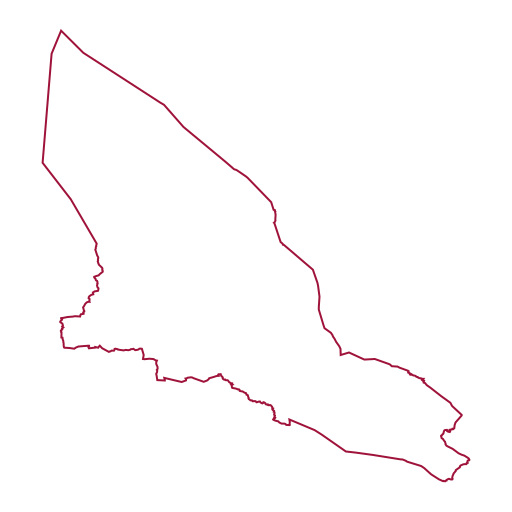 Løten nor, Hedmark, Norway (Equal Earth projection)
{"feature_id": "86288312B76423456121539", "entity_name": "Løten nor", "entity_type": "district", "adm_level": 2, "iso_a3": "NOR", "parent_name": "Norway", "parent_adm1": "Hedmark", "projection": "equal_earth", "projection_center": [11.462, 60.865], "detail": "fine", "context": "isolated", "style": "outline", "palette": "rose", "viewbox_px": 512, "rotation_deg": 0, "n_neighbors": 0, "source": "geoboundaries", "source_scale": "gbopen_adm2", "svg_char_len": 5937}
<svg xmlns="http://www.w3.org/2000/svg" viewBox="0 0 512 512"><path d="M160.4,102.7L83.3,52.8L61.1,30.7L51.6,53.7L42.6,162.8L70.8,199.3L96.6,243.5L96.7,243.8L96.2,245.3L96.3,246.1L95.8,247.1L95.8,248.5L95.3,249.6L97.2,255.5L98.2,257.3L98.3,258.0L97.9,259.1L98.1,260.5L97.7,261.3L98.1,262.3L98.1,262.9L98.5,263.4L98.8,264.6L102.2,267.9L102.3,268.6L102.5,269.0L102.2,269.9L102.8,271.1L102.6,271.9L100.0,273.9L98.6,275.4L96.6,275.9L94.2,276.8L94.2,277.3L94.5,277.8L95.5,278.8L95.8,280.0L96.1,280.4L97.0,280.8L97.4,281.7L97.5,282.8L97.3,283.2L97.6,283.5L97.0,285.4L97.6,287.5L98.3,288.0L98.5,288.5L98.3,289.8L98.0,290.8L94.6,291.4L92.9,292.5L93.3,294.3L91.4,294.8L89.4,296.2L88.8,297.1L88.6,298.2L89.6,299.1L89.5,300.5L89.2,301.1L89.5,301.8L88.2,301.8L86.7,302.4L85.2,303.9L84.1,306.0L83.1,307.4L83.9,310.4L84.2,310.7L84.3,311.5L83.5,312.0L83.2,312.4L83.6,313.1L83.6,313.8L80.8,314.3L80.4,315.1L80.1,316.5L74.9,316.2L72.8,316.6L67.6,317.0L63.1,317.9L60.3,318.2L61.2,318.4L62.1,319.2L61.8,320.0L61.1,320.4L60.2,321.7L60.3,322.2L62.4,323.6L62.9,325.5L62.2,326.4L63.4,327.4L62.9,327.9L62.0,328.4L61.9,328.8L62.2,329.5L60.9,330.5L60.8,331.0L61.3,331.6L61.2,332.4L61.5,332.6L61.4,337.5L62.5,337.7L62.7,339.4L63.3,340.9L63.3,342.0L63.6,343.0L63.7,345.9L64.0,347.3L64.3,347.7L69.4,348.0L74.3,348.7L76.0,347.5L78.5,346.5L88.5,345.7L89.9,345.8L88.9,346.1L88.5,346.7L88.4,347.1L88.9,348.3L95.3,347.6L95.3,347.0L98.2,347.7L98.8,346.7L99.8,345.7L102.1,348.2L108.9,351.9L109.5,351.5L110.4,351.4L111.6,350.6L113.9,350.7L114.5,349.7L114.6,348.9L115.3,348.7L117.7,349.2L117.8,349.5L118.0,349.6L123.6,350.4L125.6,349.9L128.3,350.2L130.1,349.8L131.0,349.1L132.3,349.1L133.4,348.8L135.2,350.1L135.7,350.1L137.5,349.8L138.6,349.4L139.4,348.7L140.7,348.6L141.9,348.8L143.7,355.0L143.0,359.0L144.5,359.2L149.5,358.7L153.6,359.1L155.7,360.4L156.9,360.6L156.3,362.0L156.2,363.9L157.5,366.8L157.6,368.8L156.8,369.9L157.2,370.6L157.1,372.0L156.2,373.9L156.5,375.2L156.6,375.6L157.3,380.1L164.8,380.5L164.8,379.7L164.3,377.9L181.7,382.0L186.0,380.4L186.2,379.1L185.7,378.5L186.6,378.3L187.7,377.7L191.1,377.3L192.2,377.5L193.9,378.3L203.7,381.8L207.1,380.5L208.7,379.2L209.0,378.4L209.3,378.2L213.6,377.0L215.6,376.3L217.3,375.9L218.7,375.9L218.6,375.2L218.3,374.5L218.5,374.3L220.7,374.2L220.9,375.0L221.3,375.5L221.5,376.3L222.3,376.8L222.8,377.5L222.7,378.4L223.4,379.3L224.1,379.6L225.0,379.5L225.1,379.9L225.7,380.2L227.4,380.2L228.1,380.6L229.1,382.1L230.7,383.0L230.7,383.5L232.2,383.4L232.3,384.2L232.5,384.4L231.5,384.6L231.3,384.8L231.8,385.8L231.8,386.5L231.9,387.0L232.3,387.5L232.2,387.8L232.3,387.9L235.5,388.5L236.9,388.9L237.4,389.3L238.9,389.3L239.6,390.0L239.5,390.6L239.7,390.9L241.3,391.3L242.6,391.4L244.4,392.6L245.9,393.1L245.9,393.5L246.4,394.0L246.5,394.7L247.7,395.1L247.9,395.4L248.1,396.6L248.6,397.6L248.4,398.1L248.7,398.6L248.8,399.1L249.4,399.4L250.4,400.3L251.3,400.3L252.4,400.6L252.6,400.8L252.6,401.2L252.8,401.3L254.2,401.1L255.6,401.2L256.3,402.1L256.7,402.3L258.7,401.6L259.9,401.5L260.4,402.4L262.3,403.4L263.2,402.9L263.3,402.3L263.7,402.2L265.1,403.0L265.4,403.3L265.5,403.9L266.2,404.5L267.9,404.4L268.0,404.6L267.9,405.0L268.2,405.2L269.3,405.2L270.0,405.0L270.8,405.3L272.2,406.9L272.2,408.0L273.1,408.4L272.4,409.5L272.8,410.0L273.2,410.2L274.1,410.9L274.1,411.3L273.8,411.8L274.3,412.0L274.5,412.5L274.6,413.0L274.1,414.3L274.2,414.8L275.0,415.5L275.0,415.8L274.6,416.1L274.6,416.7L274.3,417.3L275.2,417.8L275.0,418.1L273.8,418.7L273.1,419.4L273.2,419.6L274.0,420.1L275.9,420.8L278.4,421.4L278.8,422.0L279.5,422.6L281.6,423.6L284.2,423.6L285.5,424.0L286.2,424.9L289.5,425.1L289.8,424.9L289.6,423.8L289.8,422.3L289.4,419.5L314.6,430.1L321.7,434.6L345.9,451.5L355.8,452.6L372.6,454.9L400.8,459.4L402.7,459.5L406.1,460.9L406.3,461.2L407.2,461.7L421.1,466.0L424.1,468.0L431.1,474.3L438.9,479.3L443.1,481.2L443.6,480.9L445.1,481.3L445.9,480.5L446.5,480.6L446.8,479.8L448.5,478.9L449.4,478.9L450.2,479.3L451.3,479.5L452.3,479.4L452.6,478.9L452.2,477.9L452.6,475.9L453.3,474.5L453.5,473.6L455.8,470.9L455.7,470.3L455.8,470.1L459.8,467.3L460.0,467.0L459.9,466.3L460.6,465.5L463.3,464.3L465.1,464.1L466.2,464.2L466.8,463.6L466.8,463.0L467.7,462.8L467.4,461.3L467.7,460.7L468.1,460.4L469.1,460.3L469.4,459.9L469.1,459.1L468.6,458.4L467.7,457.7L464.3,455.6L461.6,454.7L458.6,453.3L452.7,448.9L447.5,446.3L446.4,445.6L445.5,444.3L445.6,443.5L445.2,442.6L445.0,441.7L444.2,440.9L442.9,438.9L442.0,438.4L441.5,437.9L441.4,436.8L441.0,436.0L441.2,435.6L442.2,434.9L442.4,434.4L443.2,433.9L443.3,433.6L443.5,433.3L443.6,432.3L444.3,430.5L444.5,430.3L445.3,430.0L447.0,429.9L447.2,430.2L447.0,430.9L447.1,431.1L448.2,431.7L449.8,432.0L450.2,431.1L449.4,430.4L449.5,429.8L453.0,429.2L452.8,428.7L453.6,428.6L454.3,428.1L454.6,425.2L455.5,422.5L461.3,415.9L461.7,415.3L461.7,414.9L452.1,406.0L450.4,402.8L441.4,396.3L430.0,387.4L426.8,385.2L425.0,383.0L423.7,382.6L423.7,382.3L423.9,382.0L423.4,381.6L424.0,380.6L423.1,380.1L422.1,380.1L421.9,379.9L422.0,379.8L423.0,379.3L423.3,378.9L422.7,378.9L420.9,378.3L419.1,378.1L418.6,377.7L417.7,377.3L417.6,377.0L416.3,376.8L415.9,376.2L415.0,375.7L413.1,375.4L412.4,374.7L411.1,374.8L410.1,374.6L409.8,374.1L410.4,373.6L408.8,372.7L408.3,372.7L408.1,372.2L408.6,371.6L408.6,371.3L408.2,371.3L407.9,370.7L399.6,367.7L397.4,366.5L396.1,366.5L391.8,366.2L390.0,364.5L388.9,364.0L374.8,359.0L365.6,359.5L364.2,359.5L349.0,352.5L340.7,355.0L340.5,348.9L339.3,346.3L336.1,341.8L334.5,338.7L333.1,336.7L332.4,335.0L330.9,332.8L324.5,328.2L323.5,325.2L318.8,309.6L318.8,307.1L319.5,296.7L318.1,286.0L317.5,283.0L312.9,269.7L284.0,245.0L282.9,244.7L282.7,243.8L280.6,242.0L274.4,223.2L274.0,222.8L274.4,222.5L274.4,222.3L274.9,221.8L275.5,220.4L275.3,219.8L275.6,214.8L275.1,211.8L275.3,211.6L274.8,210.9L275.0,210.5L274.9,210.1L273.6,209.8L271.2,202.2L247.8,178.0L246.2,176.6L236.5,170.0L234.0,169.2L226.2,162.4L183.5,127.0L164.0,104.8L160.4,102.7Z" fill="none" stroke="#9f1239" stroke-width="2"/></svg>